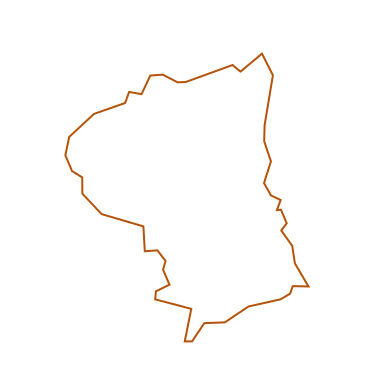 the border of Bamingui-Bangoran, rotated 100°
{"feature_id": "CAF-806", "entity_name": "Bamingui-Bangoran", "entity_type": "Prefecture", "adm_level": 1, "iso_a3": "CAF", "parent_name": "Central African Republic", "parent_adm1": "", "projection": "robinson", "projection_center": [20.535, 8.397], "detail": "coarse", "context": "isolated", "style": "outline", "palette": "amber", "viewbox_px": 384, "rotation_deg": 100, "n_neighbors": 0, "source": "natural_earth", "source_scale": "10m", "svg_char_len": 737}
<svg xmlns="http://www.w3.org/2000/svg" viewBox="0 0 384 384"><g transform="rotate(100 192 192)"><path d="M206.4,93.3L214.4,97.4L227.7,83.9L244.4,78.3L264.8,60.9L267.2,76.4L275.1,77.7L282.3,86.2L294.9,116.4L314.7,137.1L319.0,157.1L339.1,166.0L340.4,173.2L307.2,172.4L304.1,209.6L296.1,210.3L287.2,198.1L273.5,207.0L264.5,206.1L255.5,215.9L258.5,228.2L234.3,233.9L229.5,277.1L212.7,299.7L196.7,302.6L192.2,313.8L177.8,323.1L159.1,322.5L132.1,302.1L115.9,273.3L104.4,271.3L104.4,258.7L84.6,253.3L81.5,241.2L86.5,225.3L84.8,217.4L59.9,174.1L65.0,165.2L43.6,147.1L63.0,132.6L113.6,132.1L129.5,129.7L148.1,119.6L170.7,122.6L181.6,113.7L184.5,103.3L195.1,105.2L194.0,101.3L206.4,93.3Z" fill="none" stroke="#b45309" stroke-width="2"/></g></svg>